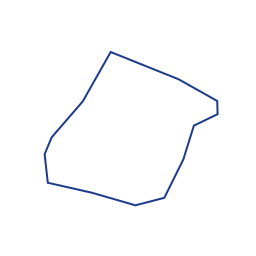 São Miguel, Albers equal-area conic projection, rotated 252°
{"feature_id": "CPV-5047", "entity_name": "São Miguel", "entity_type": "state/province", "adm_level": 1, "iso_a3": "CPV", "parent_name": "Cabo Verde", "parent_adm1": "", "projection": "albers", "projection_center": [-23.646, 15.174], "detail": "fine", "context": "isolated", "style": "outline", "palette": "blue", "viewbox_px": 256, "rotation_deg": 252, "n_neighbors": 0, "source": "natural_earth", "source_scale": "10m", "svg_char_len": 336}
<svg xmlns="http://www.w3.org/2000/svg" viewBox="0 0 256 256"><g transform="rotate(252 128 128)"><path d="M100.7,34.8L128.8,40.6L142.7,52.5L167.3,93.2L205.6,135.0L158.5,191.4L148.7,200.4L126.1,221.2L113.5,217.5L109.9,191.4L81.0,170.9L50.4,141.0L52.2,111.1L77.5,73.8L100.7,34.8Z" fill="none" stroke="#1e3a8a" stroke-width="2"/></g></svg>